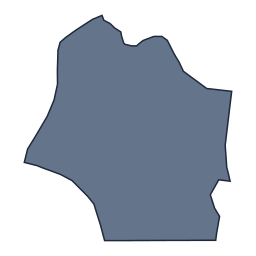 outline of Bilad Ar Rus, Sana'a, Yemen
{"feature_id": "15242507B85471999170194", "entity_name": "Bilad Ar Rus", "entity_type": "district", "adm_level": 2, "iso_a3": "YEM", "parent_name": "Yemen", "parent_adm1": "Sana'a", "projection": "natural_earth1", "projection_center": [44.271, 15.035], "detail": "fine", "context": "isolated", "style": "filled", "palette": "slate", "viewbox_px": 256, "rotation_deg": 0, "n_neighbors": 0, "source": "geoboundaries", "source_scale": "gbopen_adm2", "svg_char_len": 1365}
<svg xmlns="http://www.w3.org/2000/svg" viewBox="0 0 256 256"><path d="M230.1,181.2L229.2,177.3L228.8,175.5L226.7,167.0L226.3,160.6L225.5,149.7L225.2,145.2L230.4,101.9L231.7,91.3L224.4,90.5L219.9,90.0L218.4,89.8L206.8,88.5L206.4,88.3L197.5,81.7L192.7,78.2L192.1,77.8L184.1,71.8L183.4,71.3L179.0,62.0L176.0,57.1L173.5,52.7L172.0,49.7L169.1,43.9L168.5,42.8L167.3,40.3L164.3,38.2L162.9,37.2L161.8,36.4L155.5,36.4L153.6,36.5L148.6,38.4L143.4,40.4L142.9,40.7L140.0,42.9L139.3,43.5L136.6,45.9L131.8,45.9L129.6,45.4L125.0,44.3L123.6,42.8L121.5,35.8L120.8,31.9L120.0,31.4L114.7,28.0L109.9,23.4L108.9,22.9L103.9,20.3L102.0,15.4L92.4,19.4L92.1,19.6L80.7,27.0L76.4,29.8L72.7,32.4L69.1,35.0L65.5,37.6L60.1,42.3L59.0,46.5L58.0,50.1L57.4,69.5L57.4,72.4L57.5,84.3L57.3,85.1L54.9,96.2L54.1,99.9L47.3,116.2L34.4,138.1L27.6,149.0L25.9,155.9L24.3,162.4L30.3,163.9L31.4,164.2L37.0,165.6L42.7,167.9L60.4,174.4L72.1,180.6L87.4,196.0L93.9,204.0L98.4,218.5L100.3,224.4L104.6,240.6L115.5,240.6L126.0,240.6L126.6,240.6L137.1,240.5L145.0,240.5L146.0,240.5L170.0,240.4L176.0,240.4L179.6,240.4L184.3,240.4L185.9,240.4L195.6,240.3L203.3,240.3L208.5,240.3L213.8,240.3L215.7,240.3L216.8,232.0L218.0,225.5L218.6,221.9L219.6,216.4L218.0,213.8L214.6,208.2L211.9,199.7L210.6,195.7L210.3,194.8L213.2,189.6L213.7,188.8L218.7,179.8L230.1,181.2Z" fill="#64748b" stroke="#1e293b" stroke-width="1.5"/></svg>